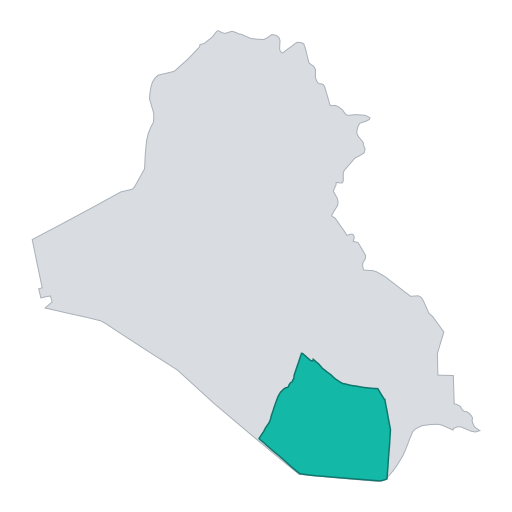 Al-Salman, Al-Muthannia, Iraq shown in context
{"feature_id": "34846034B73479794656328", "entity_name": "Al-Salman", "entity_type": "district", "adm_level": 2, "iso_a3": "IRQ", "parent_name": "Iraq", "parent_adm1": "Al-Muthannia", "projection": "orthographic", "projection_center": [45.251, 30.248], "detail": "fine", "context": "in_parent", "style": "filled", "palette": "teal", "viewbox_px": 512, "rotation_deg": 0, "n_neighbors": 0, "source": "geoboundaries", "source_scale": "gbopen_adm2", "svg_char_len": 6532}
<svg xmlns="http://www.w3.org/2000/svg" viewBox="0 0 512 512"><path d="M200.0,44.5L204.2,43.5L212.1,37.2L216.8,31.2L218.3,30.7L222.3,32.8L225.2,33.4L232.0,31.2L235.9,32.5L239.3,34.1L241.1,34.2L250.1,38.2L252.3,38.7L257.0,39.2L263.9,39.5L268.4,37.1L271.6,34.7L273.8,34.8L276.0,35.4L277.8,36.4L279.3,38.2L280.0,40.8L279.6,48.9L280.2,51.1L281.5,52.6L283.0,52.9L284.9,51.2L288.3,48.6L292.3,45.8L295.4,43.3L297.1,42.3L299.9,42.5L302.5,43.0L304.0,44.2L304.0,44.6L305.4,48.4L308.9,62.7L311.0,64.5L313.3,66.0L314.9,68.1L315.6,70.3L315.4,73.6L315.4,77.4L316.4,80.4L317.7,82.6L319.0,83.7L320.8,83.8L323.1,84.4L324.6,86.6L329.4,102.9L329.9,105.0L331.9,105.7L335.2,105.4L338.6,107.0L342.3,109.7L345.8,114.6L348.1,115.4L355.4,114.6L365.3,115.3L370.0,117.9L369.5,119.4L366.0,121.2L359.7,123.3L357.8,126.9L356.8,131.4L357.0,134.0L358.6,136.8L363.1,142.3L363.4,144.3L364.2,147.1L365.1,149.0L364.2,152.8L360.1,155.4L354.8,158.2L344.0,170.7L343.2,173.4L343.3,180.7L342.3,182.9L338.8,182.8L336.2,182.4L336.0,185.0L334.3,188.5L333.4,191.5L337.4,198.5L338.1,202.2L337.5,205.7L333.8,211.5L331.6,215.5L332.1,216.4L335.0,218.0L344.1,230.9L347.0,235.4L350.8,234.2L352.3,234.2L353.4,235.0L354.1,236.5L354.1,238.4L353.2,241.4L358.0,242.5L359.8,245.4L365.6,255.5L365.4,258.5L362.7,263.3L362.7,266.4L363.3,269.2L364.2,270.2L372.7,270.6L376.3,271.7L385.1,276.7L395.2,284.5L403.5,290.9L410.6,296.3L418.1,295.8L420.1,296.7L422.1,298.4L424.3,302.9L428.8,313.1L432.5,316.4L438.4,324.5L443.9,332.1L440.6,342.6L437.4,353.6L437.7,367.6L437.9,375.2L445.2,375.3L453.3,375.5L453.6,384.5L453.9,393.6L454.2,403.9L456.6,404.3L460.4,406.4L462.2,409.7L464.2,411.5L466.7,411.7L469.2,413.3L471.7,416.2L472.6,418.5L472.0,420.1L472.6,422.8L474.4,426.6L476.5,428.4L479.8,430.6L475.5,432.0L470.8,431.1L460.7,426.8L457.4,426.8L453.3,428.6L453.1,430.1L442.5,425.3L438.6,424.4L437.3,424.3L431.2,424.5L422.6,425.5L417.6,427.7L414.1,430.0L412.6,432.1L412.0,433.3L409.4,439.7L406.3,447.9L403.1,455.3L396.8,465.7L393.3,470.5L385.7,479.4L377.4,481.3L358.1,479.7L336.8,477.8L315.5,475.9L299.7,474.4L298.5,473.9L283.0,461.2L270.7,451.1L255.5,438.5L240.1,425.5L224.5,412.3L213.2,402.7L199.6,390.3L187.2,379.0L177.5,370.1L165.0,362.1L155.3,355.9L141.1,346.8L129.9,339.5L120.2,333.2L105.5,323.5L100.6,320.8L85.1,317.0L70.4,313.8L55.2,310.3L45.1,308.0L52.2,301.9L50.4,296.0L45.5,296.8L40.9,297.9L38.7,288.8L42.2,287.8L39.7,275.9L37.1,263.6L34.7,251.7L32.2,239.6L45.4,232.6L55.3,227.4L69.0,220.1L82.2,213.0L94.8,206.2L108.6,198.6L120.9,191.9L132.0,189.3L134.4,187.1L139.8,177.4L144.4,169.1L144.7,167.1L145.2,155.2L146.5,141.1L148.2,133.6L150.9,127.1L153.4,122.3L153.8,117.8L153.7,113.1L151.6,106.1L149.5,98.8L150.1,91.8L150.7,88.1L152.4,82.1L155.1,77.9L158.0,75.2L168.2,72.8L174.3,71.3L182.6,63.8L187.6,59.4L194.4,52.3L199.5,47.0L199.9,45.2L200.0,44.5Z" fill="#d9dde1" stroke="#a8b0b8" stroke-width="1"/><path d="M301.5,353.3L301.3,354.0L300.8,355.4L299.6,359.0L298.4,362.7L298.0,363.9L297.2,366.1L296.5,368.2L295.8,370.2L295.3,371.8L294.2,375.0L294.1,375.3L294.0,376.8L293.8,378.5L292.6,380.3L292.6,381.4L292.0,381.9L291.8,382.1L291.2,382.3L290.4,382.9L290.2,383.1L289.9,383.5L289.1,384.9L288.8,385.3L288.9,385.7L288.6,386.3L288.5,386.6L288.3,386.7L287.8,387.2L287.5,387.4L287.2,387.5L286.6,387.6L285.9,387.8L285.6,387.8L285.0,388.2L284.4,388.6L284.0,388.8L283.7,389.1L283.3,389.5L282.7,390.1L282.1,390.7L281.5,391.3L281.1,391.6L280.8,391.9L280.6,392.1L280.1,392.9L279.4,394.1L279.1,394.6L278.5,395.7L278.1,396.4L277.8,397.1L277.1,399.0L275.5,403.4L274.7,405.7L274.1,407.3L273.6,408.9L273.1,410.6L272.6,412.1L272.3,413.0L272.2,413.4L272.1,413.6L271.8,414.1L271.6,414.8L271.3,415.9L270.9,417.6L270.6,418.8L270.4,419.4L270.2,420.0L270.0,420.7L269.8,421.0L269.7,421.4L269.5,421.8L269.1,422.5L268.7,423.3L268.1,424.1L267.6,424.8L267.0,425.7L266.6,426.3L266.3,426.7L266.1,427.0L265.6,427.7L265.2,428.5L264.7,429.5L264.4,430.0L264.1,430.7L263.9,431.1L263.7,431.4L263.4,432.0L262.6,433.0L262.1,433.8L261.6,434.6L261.0,435.5L260.5,436.2L260.2,436.7L260.0,437.0L259.6,437.7L259.2,438.3L259.0,438.5L259.5,439.1L260.1,439.7L261.2,440.6L263.2,442.2L265.0,443.8L266.2,444.9L267.5,446.1L268.6,447.0L269.4,447.7L270.7,448.9L270.8,449.0L272.6,450.5L273.9,451.6L275.6,453.0L277.1,454.2L279.0,455.7L280.2,456.8L281.9,458.3L283.2,459.4L285.4,461.4L287.8,463.6L290.4,465.9L292.4,467.7L296.1,470.7L299.3,473.3L299.9,473.8L300.9,473.9L301.2,473.9L302.8,474.1L305.3,474.5L309.7,475.1L313.2,475.5L315.6,475.7L317.8,475.9L320.2,476.1L323.3,476.3L327.2,476.7L328.6,476.8L329.8,476.9L331.0,477.0L333.2,477.2L338.0,477.6L340.3,477.8L340.6,477.8L344.1,478.1L345.6,478.2L348.9,478.5L351.5,478.7L354.1,478.9L357.5,479.2L359.5,479.3L361.0,479.4L361.7,479.5L362.5,479.5L364.2,479.7L367.2,479.9L369.7,480.1L371.7,480.3L373.7,480.4L376.3,480.6L378.6,480.8L380.2,480.9L381.0,480.9L381.6,480.7L383.2,480.2L384.8,479.8L386.0,479.3L386.4,479.1L386.9,479.0L387.0,478.4L387.1,477.7L387.1,477.0L387.2,476.1L387.4,473.1L387.4,472.4L387.5,471.6L387.7,470.1L387.6,469.3L387.9,467.4L388.0,465.3L388.2,461.7L388.4,459.0L388.5,457.3L388.7,455.0L389.0,450.9L389.3,447.8L389.5,445.1L389.6,444.1L389.7,441.6L389.9,438.9L390.0,436.7L390.1,435.4L390.4,430.7L390.5,430.0L390.4,429.5L390.2,428.1L389.9,426.6L389.4,424.1L389.1,422.4L388.8,420.8L388.5,419.3L388.2,418.1L388.2,417.9L387.9,416.0L387.4,413.0L387.1,411.4L386.9,410.6L386.9,410.3L386.7,409.3L386.5,408.1L386.1,406.8L386.0,405.9L385.8,404.6L385.5,403.3L385.3,402.1L385.1,400.9L384.9,400.0L384.9,399.7L384.8,399.3L384.5,399.3L384.3,399.3L384.0,398.8L383.2,397.6L382.4,396.2L381.3,394.5L380.7,393.5L380.2,392.6L379.5,391.5L379.2,390.9L378.7,390.2L378.3,389.5L378.0,388.9L377.8,388.6L377.3,388.6L376.5,388.6L375.3,388.5L374.8,388.5L373.7,388.4L372.6,388.4L371.4,388.2L370.4,388.2L367.2,387.8L365.8,387.7L364.3,387.5L363.5,387.4L362.9,387.3L361.2,387.0L359.9,386.8L358.2,386.5L357.6,386.3L357.0,386.2L356.1,386.1L355.0,385.9L354.4,385.9L353.7,385.8L353.1,385.7L352.4,385.6L351.6,385.5L351.2,385.4L350.9,385.3L349.8,385.1L348.4,384.8L347.2,384.4L346.7,384.3L345.5,384.0L344.7,383.8L343.1,383.7L340.3,382.2L337.9,380.6L335.6,379.1L333.7,377.5L332.1,375.9L331.6,375.5L331.2,375.0L329.5,373.7L327.8,372.5L327.3,372.2L325.9,371.0L324.4,369.8L323.0,368.8L322.0,367.9L320.8,366.3L319.6,365.1L318.5,363.8L317.4,362.9L316.1,361.9L314.8,360.6L313.2,359.3L312.9,360.8L312.3,360.8L311.7,360.8L311.0,360.8L310.3,360.2L309.6,359.7L308.4,358.6L307.1,357.5L305.5,356.0L304.8,355.4L303.7,354.5L303.0,353.8L302.8,353.6L302.4,353.5L301.9,353.4L301.5,353.3Z" fill="#14b8a6" stroke="#0f766e" stroke-width="1.5"/></svg>